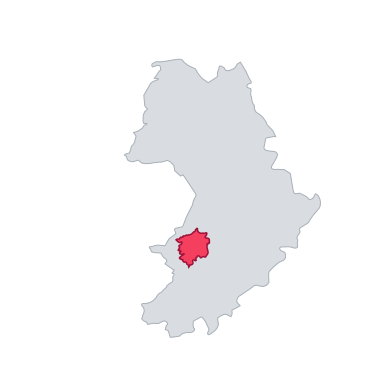 Kissidougou, Kissidougou, Guinea (highlighted), rotated 57°
{"feature_id": "49546643B59034527585113", "entity_name": "Kissidougou", "entity_type": "district", "adm_level": 2, "iso_a3": "GIN", "parent_name": "Guinea", "parent_adm1": "Kissidougou", "projection": "natural_earth1", "projection_center": [-10.076, 9.254], "detail": "fine", "context": "in_parent", "style": "filled", "palette": "rose", "viewbox_px": 384, "rotation_deg": 57, "n_neighbors": 0, "source": "geoboundaries", "source_scale": "gbopen_adm2", "svg_char_len": 7438}
<svg xmlns="http://www.w3.org/2000/svg" viewBox="0 0 384 384"><g transform="rotate(57 192 192)"><path d="M229.8,251.6L227.1,251.2L225.9,251.8L222.3,256.6L220.2,258.5L216.9,257.9L215.7,258.2L214.8,257.7L216.0,255.0L217.7,249.8L222.1,244.4L222.2,243.3L220.4,240.2L218.5,236.0L218.5,231.4L218.2,228.2L214.3,227.3L213.6,226.7L213.5,225.6L215.6,219.9L215.8,218.8L215.5,217.8L213.2,214.9L209.4,209.5L203.0,198.5L200.6,196.2L198.4,192.8L197.5,190.7L195.1,189.9L172.8,190.1L172.4,192.9L164.7,194.9L159.9,192.7L154.6,193.9L152.1,195.4L150.1,201.8L149.0,203.2L147.8,206.1L146.8,207.7L145.6,210.8L143.1,215.3L140.5,218.3L136.0,219.8L134.6,224.6L133.5,226.4L131.8,227.7L130.0,228.6L126.3,227.7L124.2,228.6L123.9,227.4L125.1,223.6L124.1,221.7L120.6,217.8L120.3,215.9L119.2,213.4L114.6,208.4L110.3,208.7L111.5,204.5L111.5,198.9L110.0,195.9L110.4,192.7L109.6,192.9L108.2,195.1L105.8,194.4L101.1,191.1L98.8,187.8L98.5,185.1L98.0,184.0L96.5,184.6L93.6,184.5L84.6,179.7L78.3,167.4L78.1,164.6L79.1,159.8L78.9,158.5L75.9,161.7L75.4,159.6L73.1,154.6L72.5,151.8L70.3,150.5L68.6,150.3L67.3,151.2L65.5,157.0L64.2,157.0L62.8,155.7L63.1,151.4L66.6,146.0L72.5,132.4L74.5,129.3L75.9,128.2L78.6,128.1L83.9,126.3L90.5,122.1L95.5,122.4L101.4,121.9L109.1,119.0L109.2,109.8L109.0,107.8L106.3,106.0L104.7,104.4L103.3,102.3L101.6,100.9L101.7,99.4L105.1,97.4L108.3,97.5L109.3,96.7L110.1,95.4L111.0,92.1L111.3,88.6L109.3,84.0L109.4,80.7L120.7,81.1L126.9,82.1L132.0,82.3L132.8,83.1L132.1,86.3L132.7,88.2L134.5,88.7L137.3,86.5L138.8,87.0L142.0,89.7L144.9,90.5L148.1,92.0L151.1,92.8L153.8,92.7L155.9,94.3L159.6,94.8L164.5,92.8L168.3,91.9L173.7,91.7L176.5,92.4L184.7,90.8L191.2,91.7L190.2,92.8L187.2,100.1L187.6,101.4L194.1,107.6L195.7,108.0L197.4,107.2L200.3,104.3L202.5,101.2L204.6,99.7L207.1,99.8L209.1,102.0L213.8,111.2L214.9,112.3L216.1,112.3L218.1,110.6L219.1,108.6L223.5,102.5L230.1,99.5L246.0,106.4L248.4,107.0L249.7,106.4L251.7,102.3L257.7,98.8L260.6,97.9L262.2,97.8L262.8,96.6L263.1,95.0L262.8,93.2L261.0,90.1L260.9,89.2L262.0,88.6L264.2,88.2L267.2,88.5L270.5,89.8L273.2,91.8L274.8,94.1L277.7,103.7L281.1,111.3L281.0,121.5L282.5,122.5L284.1,123.0L284.9,123.8L286.5,128.0L288.0,129.2L289.9,129.5L293.3,132.2L295.5,133.2L295.8,134.0L295.7,135.1L294.9,136.6L291.6,139.4L289.9,141.8L286.5,147.5L286.5,148.6L287.2,149.4L288.6,149.5L290.1,149.1L293.2,147.0L295.6,147.8L298.0,149.4L298.9,151.0L299.1,153.2L298.5,156.1L298.5,159.2L299.3,164.6L300.5,170.0L301.7,171.9L309.6,176.7L310.4,178.4L310.8,180.4L310.2,183.2L309.4,184.7L305.1,188.9L304.4,190.9L304.8,194.6L305.1,210.4L306.8,213.0L308.8,214.4L313.6,213.6L313.4,218.0L312.8,222.9L315.6,224.4L317.0,225.9L317.7,227.3L313.4,229.9L312.1,231.4L311.5,235.5L311.7,239.3L317.5,242.0L319.8,245.1L320.8,248.4L321.2,254.6L320.6,256.0L319.1,256.1L316.2,252.3L311.6,251.9L308.2,251.2L302.6,251.7L301.7,252.8L301.0,261.0L302.4,262.4L305.0,264.0L306.8,264.6L308.3,264.4L309.4,265.5L309.6,268.2L308.9,270.2L307.4,272.0L305.5,276.8L306.0,281.1L302.8,288.1L301.9,289.4L297.7,288.1L294.9,287.6L292.9,289.4L290.2,286.6L289.7,284.5L288.7,284.1L286.8,284.1L285.1,285.3L284.4,287.5L284.0,291.9L280.9,296.2L278.8,301.4L276.3,300.9L275.7,301.6L273.1,302.9L270.8,303.3L270.2,301.9L268.8,300.8L267.3,298.5L265.6,296.7L262.4,295.5L261.1,296.0L259.6,295.9L258.6,295.2L258.7,294.1L260.4,291.3L261.4,288.8L261.9,286.1L261.9,283.4L261.0,279.7L259.6,276.8L259.2,275.1L259.4,272.7L259.0,270.4L258.6,269.2L257.9,265.0L257.0,264.2L256.5,260.8L256.7,257.3L255.4,255.9L253.5,255.0L252.3,253.6L251.6,252.1L250.9,251.6L250.3,251.7L249.7,252.7L249.0,252.9L247.9,249.6L247.4,249.4L246.6,250.2L237.5,253.8L236.3,250.7L234.6,250.2L231.6,251.4L229.8,251.6Z" fill="#d9dde1" stroke="#a8b0b8" stroke-width="1"/><path d="M223.8,226.1L223.8,226.5L223.9,226.9L224.1,227.4L224.4,227.6L224.5,228.1L224.5,228.4L224.5,228.6L224.4,228.8L224.2,229.1L223.8,229.5L223.5,229.9L223.3,230.2L223.4,230.6L223.4,231.4L223.8,231.4L224.1,231.3L224.4,231.2L224.6,231.2L224.8,231.1L225.1,231.0L225.3,231.0L225.7,230.9L226.1,230.7L226.3,230.8L226.6,230.6L226.8,230.5L227.1,230.4L227.5,230.2L227.8,229.7L227.9,229.3L227.9,228.9L227.9,228.7L227.9,228.4L228.0,228.1L228.3,227.9L228.9,227.9L229.3,228.1L229.5,228.5L229.8,229.0L229.8,229.3L230.0,229.7L229.8,229.9L229.9,230.1L229.9,230.4L230.0,230.9L229.9,231.2L229.8,231.6L230.0,231.8L230.0,232.2L230.1,232.4L230.5,232.4L230.8,232.5L231.2,232.7L231.6,232.6L231.9,232.6L232.1,232.7L232.2,233.0L232.3,233.4L232.4,233.8L232.6,234.0L232.9,234.0L233.2,234.0L233.3,234.5L233.2,234.9L233.2,235.2L233.3,235.2L233.5,235.3L233.8,235.2L234.0,235.0L234.3,234.7L234.5,234.3L234.6,234.0L235.0,233.9L235.2,233.7L235.3,233.6L235.6,233.5L235.9,233.6L236.0,233.9L236.0,234.3L235.9,234.6L235.9,235.0L236.0,235.4L236.2,235.5L236.5,235.6L236.8,235.7L237.1,235.9L237.3,235.7L237.7,235.4L238.2,235.2L238.6,234.9L238.8,234.8L238.8,234.5L239.0,234.1L239.1,233.7L239.2,233.1L239.2,232.8L239.4,232.5L239.8,232.6L239.9,233.0L239.9,233.8L239.7,234.3L239.7,234.7L239.8,235.1L239.9,235.6L240.0,236.1L239.9,236.4L239.9,236.7L240.1,237.0L240.2,237.6L240.1,238.0L240.3,238.3L240.7,238.4L240.9,238.1L241.2,237.9L241.4,238.4L241.8,238.1L242.0,238.2L242.4,237.9L242.8,237.6L243.1,237.5L243.3,237.3L243.3,236.9L243.9,236.8L244.0,236.7L244.2,237.0L244.5,237.2L244.7,237.3L244.8,237.3L245.3,237.1L245.7,237.0L246.0,237.0L246.5,236.9L246.9,236.0L247.4,235.5L248.1,235.0L248.9,235.5L249.5,235.5L249.9,235.5L250.0,235.5L250.5,235.1L251.4,235.0L251.9,235.1L253.3,235.7L253.1,235.0L252.1,233.5L251.9,233.2L252.2,233.0L252.6,232.6L252.8,231.7L252.8,230.9L252.4,230.1L251.7,229.7L251.0,229.4L250.4,229.3L250.2,229.0L250.0,228.8L249.7,228.3L249.6,227.9L249.6,227.6L250.1,227.2L250.7,227.1L251.1,226.9L251.5,226.6L251.6,226.4L251.7,225.9L251.3,225.6L250.8,225.4L250.3,225.3L249.6,225.1L249.5,224.6L249.5,224.2L249.6,223.9L249.4,223.4L249.1,223.0L248.9,222.9L248.7,222.5L248.8,222.0L248.9,221.4L249.2,221.3L249.5,221.1L250.0,220.9L251.0,220.6L251.7,220.7L252.1,220.3L252.1,219.0L252.0,218.5L252.1,218.3L252.2,218.0L252.4,217.6L252.7,217.3L253.2,216.9L253.6,216.7L253.9,216.1L253.6,215.2L253.2,214.7L253.0,214.3L252.9,213.9L252.9,213.2L252.4,212.7L252.0,211.9L251.2,211.3L250.0,210.8L249.0,210.4L248.1,210.1L247.4,209.8L246.7,209.6L246.4,209.4L245.7,209.1L245.3,208.7L245.0,208.2L244.5,207.9L244.3,207.8L244.7,207.7L244.3,207.0L243.8,206.4L243.9,206.2L244.3,205.6L244.0,204.9L243.5,204.9L243.2,204.7L242.9,204.3L242.3,203.9L241.5,203.5L240.6,203.3L239.6,203.7L238.9,204.3L238.2,205.2L237.4,205.7L237.0,205.5L236.5,205.1L236.3,204.7L236.3,204.1L236.1,203.4L236.0,203.2L235.6,202.8L235.3,202.6L235.1,202.4L234.7,202.0L234.1,202.1L233.7,202.7L233.7,203.2L233.5,203.9L233.1,204.5L232.7,205.0L232.2,205.5L232.0,206.1L231.8,206.5L231.5,206.9L231.4,207.1L231.3,207.3L230.9,207.5L230.5,207.7L230.3,207.9L229.9,208.3L229.4,208.4L229.0,208.3L228.3,208.3L228.1,208.3L227.7,208.5L226.8,208.3L226.7,208.1L226.3,207.6L225.8,207.4L225.6,207.4L225.2,207.6L225.2,208.1L225.4,208.6L225.5,209.1L225.5,209.5L225.9,210.0L226.4,210.4L226.6,210.9L226.6,211.4L226.5,211.7L226.4,212.3L226.6,213.1L226.7,213.7L226.8,214.3L226.9,214.8L227.0,215.5L226.8,216.3L226.6,217.1L226.5,217.7L226.2,218.2L226.0,218.4L226.1,218.8L226.0,219.4L225.7,219.5L225.3,219.9L225.0,220.1L225.0,220.4L225.1,221.3L224.9,221.9L224.8,222.2L224.6,222.4L224.2,223.0L224.3,223.2L224.3,223.3L224.2,223.5L224.2,223.9L224.8,224.2L224.4,225.1L224.5,225.5L224.4,225.8L224.0,226.0L223.8,226.1Z" fill="#f43f5e" stroke="#9f1239" stroke-width="1.5"/></g></svg>